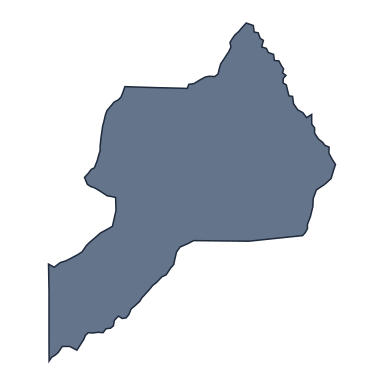 Boa Esperança, Paraná, Brazil (Robinson projection)
{"feature_id": "56859067B75116337237033", "entity_name": "Boa Esperança", "entity_type": "district", "adm_level": 2, "iso_a3": "BRA", "parent_name": "Brazil", "parent_adm1": "Paraná", "projection": "robinson", "projection_center": [-52.756, -24.263], "detail": "fine", "context": "isolated", "style": "filled", "palette": "slate", "viewbox_px": 384, "rotation_deg": 0, "n_neighbors": 0, "source": "geoboundaries", "source_scale": "gbopen_adm2", "svg_char_len": 1944}
<svg xmlns="http://www.w3.org/2000/svg" viewBox="0 0 384 384"><path d="M311.7,114.4L306.6,117.6L302.8,112.6L297.7,109.8L293.5,103.6L292.6,96.4L288.9,95.8L287.6,90.4L286.3,84.9L283.1,83.0L283.3,78.3L286.0,75.4L282.6,72.9L283.6,68.9L281.5,65.9L278.9,60.9L274.4,60.5L273.6,54.4L268.3,52.5L266.4,48.4L261.7,46.9L263.4,40.4L260.2,38.4L258.2,32.8L254.2,32.0L253.3,25.5L246.2,23.0L241.7,28.0L238.4,31.9L234.9,34.9L232.4,38.5L230.0,42.4L230.9,47.2L228.7,51.8L226.2,55.5L224.2,58.7L220.7,63.8L219.0,69.8L218.1,73.9L214.9,76.5L208.7,76.3L204.9,77.2L199.8,80.0L193.7,83.7L188.8,84.3L187.3,88.4L164.2,87.8L158.6,87.7L132.6,86.9L124.9,86.6L122.9,92.4L121.0,97.1L118.2,99.9L114.1,102.1L106.9,110.7L105.4,115.0L103.9,121.4L102.6,126.3L102.0,130.8L100.9,138.2L100.1,146.6L100.1,150.7L98.6,155.5L97.2,160.7L94.4,167.8L91.1,169.5L88.4,173.2L84.5,177.4L87.3,184.3L90.6,186.5L94.3,187.7L99.6,190.8L107.2,195.8L112.3,196.7L115.6,197.5L116.0,210.5L112.4,226.3L107.6,229.1L100.7,232.8L95.3,237.5L89.2,242.7L86.4,245.5L82.1,251.8L77.8,254.6L70.5,258.5L65.7,260.9L60.2,262.6L54.2,267.2L48.5,264.1L49.0,290.8L49.0,301.0L49.0,342.5L49.1,361.0L51.7,357.2L55.2,355.1L58.3,352.4L62.2,346.5L69.5,346.4L76.9,350.2L80.4,344.7L83.7,339.5L85.5,335.3L88.2,332.7L92.7,333.0L98.0,332.3L103.0,332.7L106.1,328.7L110.5,328.2L113.4,325.9L114.3,320.5L118.4,316.1L122.3,318.5L126.1,317.9L128.8,314.6L131.1,309.0L135.0,305.7L139.7,301.4L141.7,298.0L145.4,294.0L149.1,289.9L152.8,285.3L156.6,282.4L162.0,276.7L166.1,274.9L168.3,271.6L170.6,268.1L173.7,264.6L175.0,258.5L176.5,252.1L180.1,247.0L183.4,245.6L187.5,243.8L193.7,240.6L248.8,241.2L302.6,235.6L305.3,232.6L307.5,228.6L307.4,224.5L310.4,216.6L312.9,206.5L313.2,198.5L316.4,189.9L323.6,185.1L326.5,182.8L331.1,178.5L333.2,171.5L335.5,164.5L332.1,159.2L328.9,153.2L329.1,147.1L324.9,145.3L322.6,142.3L318.5,139.1L314.6,133.2L314.6,127.8L311.8,124.2L311.7,119.6L311.7,114.4Z" fill="#64748b" stroke="#1e293b" stroke-width="1.5"/></svg>